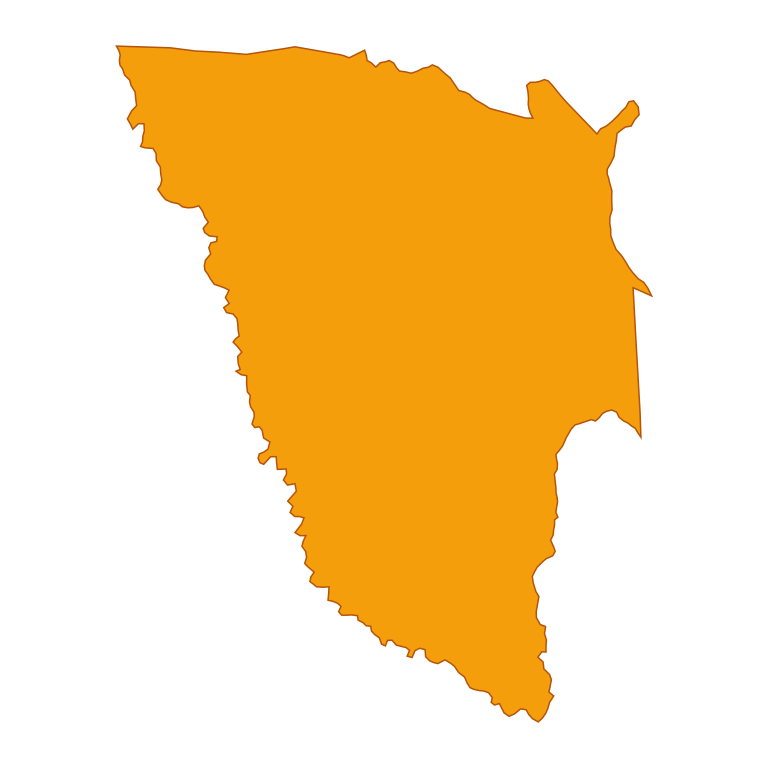 the district of Ituaçu, Bahia, Brazil
{"feature_id": "56859067B14233207063094", "entity_name": "Ituaçu", "entity_type": "district", "adm_level": 2, "iso_a3": "BRA", "parent_name": "Brazil", "parent_adm1": "Bahia", "projection": "natural_earth1", "projection_center": [-41.391, -13.875], "detail": "fine", "context": "isolated", "style": "filled", "palette": "amber", "viewbox_px": 768, "rotation_deg": 0, "n_neighbors": 0, "source": "geoboundaries", "source_scale": "gbopen_adm2", "svg_char_len": 4443}
<svg xmlns="http://www.w3.org/2000/svg" viewBox="0 0 768 768"><path d="M339.4,54.6L294.9,46.8L283.2,48.8L277.1,49.7L246.3,54.4L219.2,52.2L195.3,51.0L170.3,47.8L116.4,46.1L118.9,50.5L120.2,54.9L119.4,60.5L120.0,65.2L122.7,69.1L124.7,75.2L129.6,79.9L131.1,85.4L135.1,91.9L135.8,99.5L136.6,105.7L131.7,110.8L127.4,118.9L130.7,124.6L132.8,129.2L138.5,123.6L144.0,123.8L144.3,130.9L142.9,136.1L142.5,141.8L140.6,146.5L145.4,147.9L153.1,148.4L156.1,153.6L156.3,160.6L160.3,167.0L160.7,173.6L161.8,179.9L160.7,184.6L157.8,189.4L162.2,195.7L165.7,199.7L171.7,202.3L178.4,203.7L182.3,206.8L187.8,207.8L193.0,207.5L198.9,205.8L202.7,211.4L204.8,217.1L208.3,222.2L203.2,228.4L204.8,232.6L209.4,236.0L217.1,236.8L216.6,241.4L210.8,242.9L208.8,247.8L210.7,253.9L205.4,260.3L204.3,265.9L205.0,270.4L208.0,274.5L210.6,279.2L214.3,284.3L219.7,286.1L224.7,288.0L229.1,290.2L225.4,297.6L229.2,303.5L223.7,307.6L226.6,312.6L233.1,314.0L236.9,318.5L237.7,323.1L238.2,330.8L239.2,336.1L235.6,338.8L233.1,342.1L237.3,346.3L241.8,352.1L237.7,356.5L238.3,363.9L240.2,369.5L236.0,371.2L241.1,374.7L246.7,375.7L246.6,384.0L247.4,391.9L250.3,395.5L249.5,401.7L250.6,406.8L253.9,412.0L254.3,416.6L252.0,424.0L254.9,427.6L259.2,426.7L262.1,430.3L263.6,438.0L269.9,442.0L268.0,449.1L263.6,452.2L259.3,453.9L258.1,458.3L260.0,462.7L263.7,464.3L270.7,456.7L276.2,456.7L276.6,462.7L277.4,469.4L286.1,469.0L286.6,474.0L283.4,480.0L287.6,485.1L295.0,483.7L296.3,491.2L291.5,496.7L287.7,501.1L292.9,506.3L290.1,512.4L294.8,516.5L299.6,516.6L304.0,517.8L301.7,523.9L297.7,529.1L295.0,532.6L300.2,535.7L305.9,535.6L303.4,540.8L301.9,546.2L305.7,551.6L306.6,557.3L304.7,563.4L308.0,566.9L314.1,572.1L310.9,576.9L309.9,581.5L316.6,586.8L323.1,587.2L329.0,586.8L328.7,593.1L328.0,600.2L333.4,601.5L337.8,603.4L341.0,606.4L338.6,611.7L341.7,615.2L346.9,615.2L351.4,614.9L357.5,615.7L358.1,620.2L363.0,622.6L366.3,625.8L370.7,626.2L371.5,631.0L374.5,634.4L379.3,637.8L381.6,644.2L385.4,645.9L387.5,640.4L392.0,640.2L396.3,645.1L402.2,646.6L406.1,647.6L409.5,650.3L407.2,656.2L412.1,657.5L415.0,650.6L419.6,648.3L425.1,649.6L425.6,656.7L429.6,660.8L433.8,662.6L437.8,663.6L445.0,659.9L450.5,663.1L454.5,666.3L458.5,672.4L464.6,677.1L467.2,683.2L470.1,687.7L473.7,689.3L479.5,690.6L483.7,691.0L488.5,692.7L492.3,697.7L491.2,702.3L494.4,705.0L499.4,703.6L501.8,708.4L504.1,712.9L509.1,716.3L514.5,713.9L520.6,708.9L526.1,709.7L528.8,714.6L532.7,718.8L538.3,721.9L542.4,718.1L545.8,713.1L547.7,708.7L549.6,702.3L553.7,696.0L548.9,692.0L550.2,686.0L551.4,679.7L549.6,674.6L543.9,668.9L543.1,662.0L537.9,657.2L541.8,651.8L546.0,652.0L546.0,645.9L546.4,640.1L544.5,633.5L545.6,626.5L540.3,624.6L536.4,617.7L536.2,611.6L537.4,605.0L538.9,596.5L535.8,591.4L533.2,582.8L532.3,576.4L534.7,571.5L537.2,567.1L542.7,561.7L546.0,558.8L552.7,555.8L555.2,551.4L553.7,547.0L550.6,540.1L553.1,535.2L553.7,529.6L554.6,524.6L554.6,519.7L557.9,517.3L555.9,512.4L556.7,506.4L557.6,502.0L557.1,497.4L556.0,492.8L555.9,487.8L555.1,480.7L554.4,474.0L557.1,469.4L557.5,463.5L556.5,459.1L555.9,454.4L559.0,450.8L562.7,445.8L566.2,437.8L571.0,429.4L574.9,425.0L579.8,423.5L586.3,421.3L591.4,419.6L595.5,421.0L599.3,417.6L602.5,413.5L606.5,411.3L611.7,410.0L616.7,412.2L619.1,417.3L623.4,420.8L628.2,423.2L631.4,425.9L635.3,428.4L637.9,432.9L640.9,437.2L640.1,413.2L637.5,367.3L635.8,338.3L633.1,287.7L651.6,295.9L647.9,288.3L643.8,282.4L638.1,278.7L632.6,272.5L629.1,267.7L626.2,262.8L622.0,256.2L616.1,249.5L613.2,242.6L610.8,235.8L610.7,229.1L609.8,224.0L609.9,217.2L612.1,209.8L611.7,200.2L611.7,195.3L611.9,190.7L609.8,183.5L608.6,178.1L607.1,173.9L607.3,169.1L610.7,163.3L614.0,156.4L614.9,148.1L616.3,140.6L617.0,133.5L620.3,130.7L625.2,127.1L631.2,126.0L634.6,119.9L639.1,114.7L638.2,106.9L633.6,100.8L628.9,101.7L625.8,107.4L622.1,110.8L618.5,115.0L615.3,118.2L610.7,122.6L605.9,126.3L600.6,128.8L597.0,134.0L565.6,101.3L560.1,94.9L552.4,85.4L548.2,80.9L544.4,79.6L539.7,81.4L535.4,82.3L530.2,82.3L526.7,85.4L528.0,92.0L528.5,98.4L528.2,104.2L528.9,108.6L530.3,113.0L533.0,118.2L525.3,118.0L489.5,108.4L485.5,105.7L480.6,102.8L476.0,100.3L472.6,97.6L469.4,94.4L465.1,92.2L458.8,90.5L455.1,85.1L450.2,77.9L444.5,73.2L438.0,67.2L432.3,64.9L428.8,67.1L423.1,68.2L417.5,71.1L411.4,73.2L405.1,71.8L399.4,71.0L396.5,67.7L393.6,63.0L389.2,60.5L385.4,61.8L380.3,62.7L375.8,67.1L371.1,62.7L367.1,60.5L366.3,55.2L364.6,50.2L349.1,57.8L343.6,55.6L339.4,54.6Z" fill="#f59e0b" stroke="#b45309" stroke-width="1.5"/></svg>